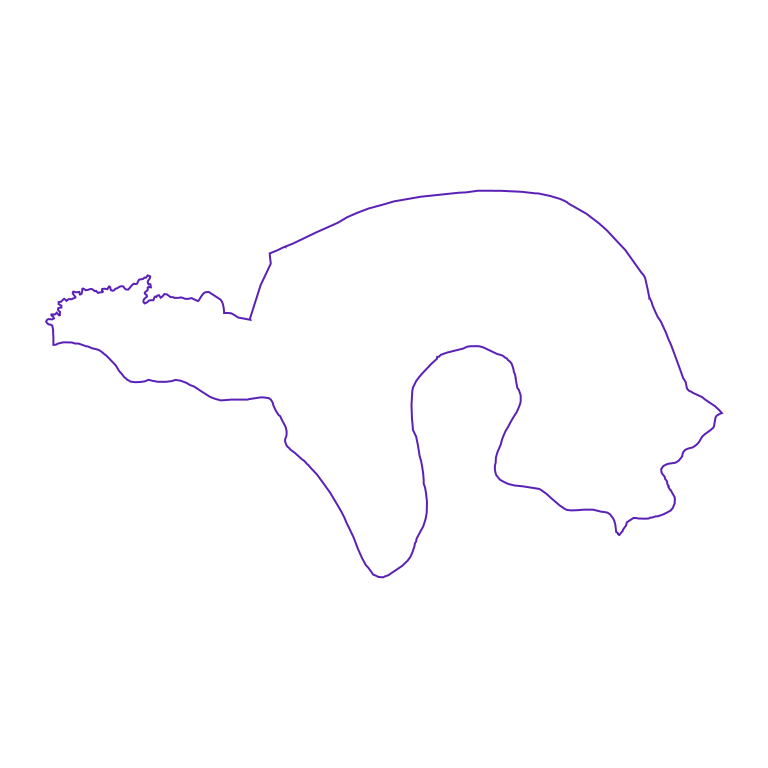 the district of Sami, Central River, Gambia
{"feature_id": "56634734B54242206420565", "entity_name": "Sami", "entity_type": "district", "adm_level": 2, "iso_a3": "GMB", "parent_name": "Gambia", "parent_adm1": "Central River", "projection": "orthographic", "projection_center": [-14.663, 13.545], "detail": "fine", "context": "isolated", "style": "outline", "palette": "violet", "viewbox_px": 768, "rotation_deg": 0, "n_neighbors": 0, "source": "geoboundaries", "source_scale": "gbopen_adm2", "svg_char_len": 6043}
<svg xmlns="http://www.w3.org/2000/svg" viewBox="0 0 768 768"><path d="M53.4,344.9L56.0,344.7L57.5,343.7L61.2,342.8L63.6,342.3L71.8,342.5L75.0,343.5L78.4,343.5L86.3,346.3L88.0,346.5L92.2,348.3L96.3,349.2L99.3,350.2L102.5,352.5L104.7,354.5L105.7,355.0L109.6,358.9L112.1,361.6L115.8,365.4L117.5,368.3L119.2,371.1L121.4,373.5L124.4,377.3L126.3,378.7L127.1,379.7L128.8,380.5L130.2,381.5L133.0,382.0L135.7,382.2L140.3,382.0L145.0,381.3L148.5,379.8L152.4,380.8L158.0,381.8L166.4,381.8L169.0,381.4L171.5,381.2L175.4,379.9L180.6,380.7L186.5,382.9L187.7,383.7L190.4,385.2L193.8,386.4L197.0,388.4L200.2,390.6L209.6,396.6L211.8,397.6L215.7,399.0L220.4,400.3L222.6,400.3L231.4,399.6L247.7,399.6L249.2,399.1L260.5,397.4L263.4,397.4L268.8,398.1L270.8,399.6L272.8,402.8L273.3,405.3L276.0,411.0L278.5,414.9L280.3,416.3L281.5,419.1L285.4,426.5L285.9,428.0L286.6,431.2L286.6,433.9L286.4,435.9L285.1,439.4L285.1,441.4L285.4,442.3L285.9,443.8L286.4,445.1L287.6,446.8L289.1,448.0L290.3,449.5L295.0,453.0L299.1,456.7L301.8,459.2L304.3,460.9L307.2,464.2L308.2,464.9L311.2,468.4L316.9,474.4L323.6,483.6L330.0,492.5L338.6,506.9L341.3,511.6L344.4,517.6L346.6,523.0L348.6,527.0L352.5,535.1L353.8,537.9L355.2,541.6L357.7,548.3L361.1,556.0L362.6,559.2L363.6,560.9L365.8,565.1L368.2,567.6L373.4,574.8L374.4,575.0L378.6,577.0L383.2,577.3L385.2,576.3L388.6,575.1L390.4,573.8L395.5,570.4L402.4,565.7L407.6,560.7L410.6,556.5L412.3,552.6L414.4,546.5L414.9,543.5L416.1,541.5L416.6,538.6L423.3,526.2L424.7,521.8L425.7,518.5L426.7,512.8L427.0,502.0L426.0,493.0L425.0,487.3L423.7,483.8L423.7,480.5L423.2,473.6L422.0,465.7L421.0,460.7L419.6,455.8L417.8,444.6L416.1,436.5L412.9,429.8L412.7,425.8L412.0,419.4L411.5,404.8L412.3,390.9L413.0,387.4L416.2,381.0L419.4,376.8L422.1,373.6L431.7,363.5L436.9,358.8L437.2,356.8L438.9,356.8L440.8,354.8L442.8,354.1L447.0,352.6L463.0,348.6L467.2,346.7L470.9,346.2L478.7,346.2L482.9,347.2L497.4,354.1L500.6,354.9L502.6,355.6L504.3,356.9L505.8,358.1L506.8,358.4L508.0,360.1L510.2,361.8L510.7,362.6L511.4,363.3L512.4,365.8L513.6,369.8L513.9,372.0L514.9,374.2L515.8,378.3L515.6,378.4L517.3,387.8L518.8,389.8L519.5,391.8L520.7,395.5L520.7,400.5L520.5,402.2L520.0,404.2L518.5,408.1L516.7,412.2L514.2,415.9L510.7,421.9L507.3,428.3L505.8,430.5L503.8,435.0L502.3,438.7L500.6,444.9L497.4,452.3L495.9,457.5L495.7,462.4L494.9,465.7L494.9,469.6L495.4,472.3L496.1,474.8L498.1,477.5L500.1,479.8L503.9,481.9L508.1,483.9L514.0,485.4L523.3,486.4L539.1,488.9L541.0,489.9L546.4,493.8L551.6,498.5L559.4,505.2L564.4,508.7L566.8,509.9L571.0,510.4L577.4,510.2L583.5,509.7L593.1,509.7L601.3,511.7L604.2,512.0L607.7,512.7L610.4,514.7L613.1,518.4L614.3,520.9L615.3,524.6L615.7,528.1L616.2,532.0L617.0,532.5L618.0,533.3L618.0,534.0L618.9,534.8L619.4,535.0L621.9,531.8L622.6,531.3L622.9,529.8L626.1,525.4L626.8,522.4L628.5,521.2L633.5,518.0L635.7,518.0L638.4,518.5L639.9,518.5L644.3,518.7L648.7,518.5L650.0,517.7L651.2,517.5L652.2,517.5L655.9,516.3L657.8,516.3L663.5,514.3L666.9,512.6L670.6,510.6L672.8,507.9L674.8,503.2L674.6,501.4L674.9,500.1L674.7,497.3L671.0,490.7L670.5,489.9L670.0,489.7L668.3,486.9L668.8,486.2L667.3,484.0L667.1,481.5L665.1,478.8L664.6,476.5L663.9,475.8L662.2,473.8L661.5,472.3L661.2,469.1L663.2,466.1L666.9,464.2L670.1,463.4L671.1,463.4L675.5,462.7L678.7,460.7L682.1,456.5L682.6,454.0L683.4,451.8L685.3,449.8L688.0,448.6L692.7,447.4L694.7,446.1L696.9,444.4L698.9,442.2L702.2,436.6L704.9,434.1L710.1,430.4L713.3,427.7L714.0,426.2L715.5,417.6L716.5,415.8L719.7,413.9L721.9,413.1L719.0,409.9L715.0,406.2L705.0,399.5L702.3,397.2L693.2,393.0L690.5,391.3L689.0,390.8L687.0,388.6L685.6,381.9L683.3,378.4L679.6,368.1L672.9,349.8L670.7,344.1L668.0,338.2L666.1,333.0L660.9,321.6L657.7,316.9L655.8,312.9L652.8,306.0L651.6,302.2L649.6,297.8L649.3,298.0L649.3,297.4L647.8,290.0L645.1,277.9L643.4,274.9L641.2,272.4L625.2,249.9L617.5,241.8L606.9,230.4L598.8,223.2L586.5,213.8L568.6,203.6L566.9,202.1L563.9,200.6L560.0,198.9L549.9,195.9L538.1,193.4L535.6,193.4L521.7,191.8L500.8,190.8L478.2,190.7L465.7,192.4L459.0,192.7L421.0,196.7L393.9,201.4L384.8,204.1L368.6,208.5L357.5,212.7L347.2,217.2L338.1,222.6L315.3,232.8L292.7,243.7L285.0,246.7L285.1,247.0L284.8,246.9L283.3,247.4L277.2,250.4L269.7,253.4L270.2,258.8L270.8,263.6L260.6,285.2L250.0,318.5L250.4,319.8L238.1,317.5L234.9,315.3L231.2,313.3L228.2,313.0L224.1,313.0L223.8,308.6L223.1,304.9L222.1,301.9L220.6,299.7L218.4,298.2L208.8,292.0L205.4,292.2L203.4,293.5L201.0,296.7L199.0,300.1L198.0,301.1L196.8,300.6L194.3,299.4L191.6,298.1L187.9,298.9L185.5,298.9L181.8,297.6L180.8,297.4L178.6,297.9L174.4,297.9L172.9,297.1L170.5,297.1L167.0,294.4L164.3,294.1L162.3,296.6L160.7,297.7L159.0,295.2L157.5,295.5L156.3,297.0L155.3,296.5L154.3,297.5L153.4,300.2L152.1,300.2L149.2,300.4L147.0,302.4L144.7,303.4L143.5,302.2L143.5,300.2L144.3,298.9L147.0,296.5L146.5,294.7L145.7,294.5L144.8,293.5L144.8,292.5L147.7,290.0L147.7,287.6L148.7,286.6L149.7,287.3L150.9,287.3L150.4,284.3L148.2,283.8L147.7,281.9L148.0,280.9L149.9,278.2L150.2,276.4L147.7,275.4L146.0,277.7L144.5,277.6L143.1,278.9L142.1,279.1L139.1,279.6L138.1,281.4L137.1,283.6L135.9,284.1L133.5,283.8L131.5,285.8L128.3,289.5L126.1,289.5L124.8,288.5L123.1,286.3L120.4,286.3L116.7,288.5L115.5,288.7L113.8,290.5L112.3,290.7L110.8,290.0L110.1,287.0L109.1,286.5L107.9,288.2L107.4,289.2L104.4,288.7L102.2,289.0L102.0,289.7L102.0,290.5L102.9,291.5L102.5,292.2L100.0,292.4L98.0,292.9L96.1,290.9L94.8,291.2L93.4,290.0L91.6,289.0L90.6,289.0L87.7,289.9L85.5,290.2L84.5,289.2L82.8,288.5L82.3,288.9L82.3,290.9L81.5,293.9L80.6,294.4L79.8,294.4L79.3,291.9L75.6,292.4L74.2,291.7L73.2,291.7L72.7,293.4L73.9,295.1L75.4,296.9L75.4,297.6L72.9,298.6L71.7,299.3L70.2,299.1L68.7,299.1L66.5,300.8L65.5,299.8L64.1,298.8L62.1,300.6L60.9,301.8L58.7,302.0L58.6,304.0L61.4,305.8L61.4,307.5L58.4,308.0L57.9,309.5L58.4,310.5L59.9,311.7L59.9,315.2L59.1,315.4L56.7,312.7L55.2,314.4L51.5,314.4L51.5,315.6L53.2,316.6L54.0,318.4L52.2,319.4L48.5,319.1L47.1,319.8L46.1,321.6L46.8,322.8L48.5,324.3L50.3,324.6L52.2,325.5L53.0,329.3L53.4,337.7L53.4,344.9Z" fill="none" stroke="#5b21b6" stroke-width="2"/></svg>